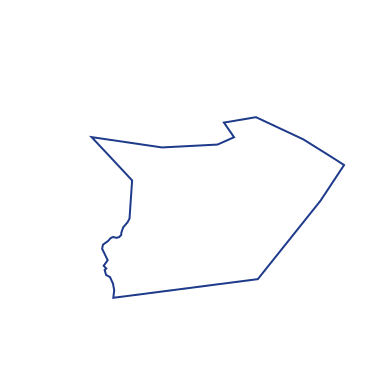 Ravine Poisson, Castries, Saint Lucia, rotated 137°
{"feature_id": "8701671B90050195307789", "entity_name": "Ravine Poisson", "entity_type": "district", "adm_level": 2, "iso_a3": "LCA", "parent_name": "Saint Lucia", "parent_adm1": "Castries", "projection": "mercator", "projection_center": [-60.965, 13.93], "detail": "fine", "context": "isolated", "style": "outline", "palette": "blue", "viewbox_px": 384, "rotation_deg": 137, "n_neighbors": 0, "source": "geoboundaries", "source_scale": "gbopen_adm2", "svg_char_len": 723}
<svg xmlns="http://www.w3.org/2000/svg" viewBox="0 0 384 384"><g transform="rotate(137 192 192)"><path d="M321.7,168.3L203.3,83.4L202.5,83.5L103.9,98.0L62.4,108.0L65.5,120.2L74.7,154.6L94.2,203.1L121.3,221.0L123.9,203.4L141.0,209.3L183.5,245.0L228.0,300.6L227.9,273.4L227.9,270.5L227.9,241.3L255.8,215.2L259.8,213.8L263.7,213.4L266.2,213.1L266.4,213.1L271.3,210.5L272.3,209.6L273.0,208.9L276.0,208.7L278.5,210.0L280.1,212.4L280.4,212.9L280.9,213.1L282.9,213.8L286.7,213.4L293.0,214.2L294.8,213.0L296.5,211.7L296.7,210.9L299.9,200.5L300.1,199.7L303.1,199.0L306.9,198.3L306.9,194.5L309.1,194.5L311.4,189.9L310.0,185.7L312.3,178.8L313.1,177.6L315.9,173.2L321.7,168.3Z" fill="none" stroke="#1e3a8a" stroke-width="2"/></g></svg>